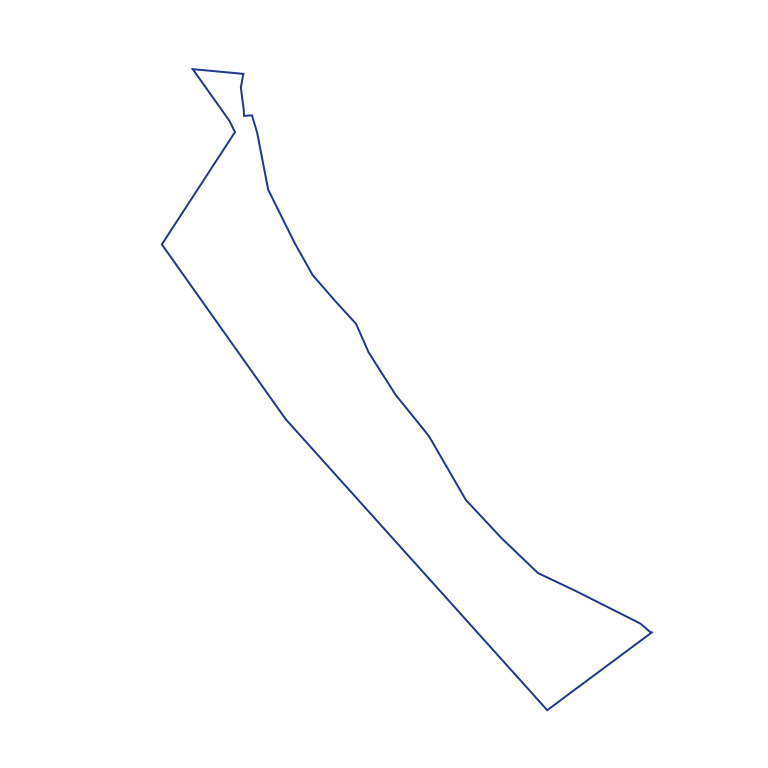 the district of Kennedy Highway, Laborie, Saint Lucia, rotated 229°
{"feature_id": "8701671B1426599605087", "entity_name": "Kennedy Highway", "entity_type": "district", "adm_level": 2, "iso_a3": "LCA", "parent_name": "Saint Lucia", "parent_adm1": "Laborie", "projection": "robinson", "projection_center": [-60.995, 13.753], "detail": "fine", "context": "isolated", "style": "outline", "palette": "blue", "viewbox_px": 768, "rotation_deg": 229, "n_neighbors": 0, "source": "geoboundaries", "source_scale": "gbopen_adm2", "svg_char_len": 639}
<svg xmlns="http://www.w3.org/2000/svg" viewBox="0 0 768 768"><g transform="rotate(229 384 384)"><path d="M30.7,293.2L29.1,315.0L20.9,422.2L20.9,423.1L22.7,422.1L35.0,420.3L101.5,393.1L128.1,381.5L140.2,376.2L191.1,371.5L195.2,371.4L242.8,369.7L289.7,378.8L315.1,383.7L338.1,384.6L367.7,385.6L417.8,393.1L447.9,402.4L463.5,402.0L478.6,401.6L513.1,401.6L549.2,409.1L606.7,424.1L614.1,428.4L656.8,453.1L673.3,460.6L678.2,454.3L680.5,456.1L682.7,457.9L693.2,464.8L701.7,470.5L710.3,481.3L747.1,446.2L683.9,440.0L682.1,439.5L671.9,436.8L635.1,307.9L421.9,286.7L336.0,288.1L30.7,293.2Z" fill="none" stroke="#1e3a8a" stroke-width="2"/></g></svg>